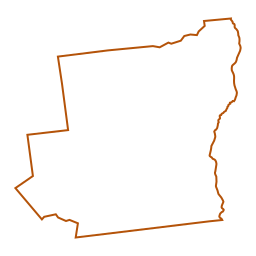 Essex, New York, United States of America (Natural Earth projection)
{"feature_id": "52423323B12520146334260", "entity_name": "Essex", "entity_type": "district", "adm_level": 2, "iso_a3": "USA", "parent_name": "United States of America", "parent_adm1": "New York", "projection": "natural_earth1", "projection_center": [-73.449, 44.146], "detail": "fine", "context": "isolated", "style": "outline", "palette": "amber", "viewbox_px": 256, "rotation_deg": 0, "n_neighbors": 0, "source": "geoboundaries", "source_scale": "gbopen_adm2", "svg_char_len": 2122}
<svg xmlns="http://www.w3.org/2000/svg" viewBox="0 0 256 256"><path d="M27.4,134.8L32.9,176.0L15.4,188.1L41.9,219.4L44.2,216.8L55.8,214.3L58.1,217.5L66.0,221.0L69.5,219.9L77.9,223.3L75.7,237.5L209.5,221.3L222.2,220.0L221.9,219.4L221.4,218.7L219.8,217.6L219.4,216.7L219.3,216.3L219.9,214.3L220.3,213.5L221.7,212.1L222.8,211.6L223.4,210.7L223.7,210.0L223.7,209.7L223.4,209.3L221.9,208.0L221.6,207.3L221.7,206.2L222.2,204.7L223.3,202.1L223.4,201.7L222.9,200.4L221.3,197.5L218.6,194.2L218.3,193.5L217.5,190.4L216.1,186.9L215.9,186.0L216.5,181.7L216.3,176.6L215.3,174.4L215.0,173.2L215.0,172.4L215.3,171.5L216.4,164.6L216.4,163.3L216.1,162.2L216.1,161.9L215.4,160.4L214.6,159.6L213.4,159.0L212.7,158.8L211.7,157.4L211.1,157.1L209.8,156.1L209.6,155.4L210.8,150.4L211.2,148.1L211.4,146.0L214.2,140.6L215.3,136.9L215.2,135.6L214.8,133.3L214.3,131.8L214.3,131.4L215.2,130.1L216.0,129.7L217.0,128.3L217.2,127.9L217.8,125.3L218.0,123.4L218.7,122.4L218.7,122.1L218.5,121.6L218.3,120.9L218.4,120.2L218.6,119.7L219.8,118.7L220.0,118.2L219.7,116.1L219.8,115.6L220.2,115.2L220.9,115.1L221.2,115.0L221.6,113.9L222.5,113.3L223.1,113.1L223.7,112.5L224.1,111.9L225.9,110.8L226.0,110.3L226.8,108.7L227.4,107.8L227.4,106.9L227.5,106.7L228.3,106.0L228.5,104.8L230.2,103.7L230.0,102.7L231.4,102.3L232.0,101.9L232.7,101.0L233.0,101.0L234.0,101.2L235.0,99.6L235.7,97.3L236.4,95.6L236.5,95.3L236.9,92.8L236.6,91.3L235.7,89.2L234.5,85.4L234.1,83.1L234.0,80.6L234.1,78.9L234.1,76.6L233.9,75.3L233.5,74.0L233.4,73.7L231.8,70.3L231.7,68.2L232.0,66.1L232.7,65.1L234.8,63.3L235.6,62.4L236.0,61.7L236.6,60.0L237.0,57.8L240.1,50.8L240.6,48.3L240.6,48.1L240.6,47.5L240.3,46.0L239.2,43.6L239.5,41.1L239.5,39.1L239.3,37.6L238.3,35.2L238.2,33.4L237.8,31.2L236.5,29.3L235.1,28.0L234.8,27.5L234.6,26.8L234.7,25.9L234.7,25.7L234.5,24.4L234.1,23.9L233.1,23.5L232.9,23.3L232.7,22.8L232.6,21.9L232.4,21.5L230.8,19.5L230.8,19.1L230.9,18.5L204.0,21.0L204.7,25.9L198.7,31.4L196.9,35.1L190.4,34.5L184.3,36.0L180.8,40.7L171.3,43.7L168.4,42.6L159.7,47.3L152.9,46.1L107.9,50.4L57.9,56.6L62.0,83.7L68.1,130.1L27.4,134.8Z" fill="none" stroke="#b45309" stroke-width="2"/></svg>